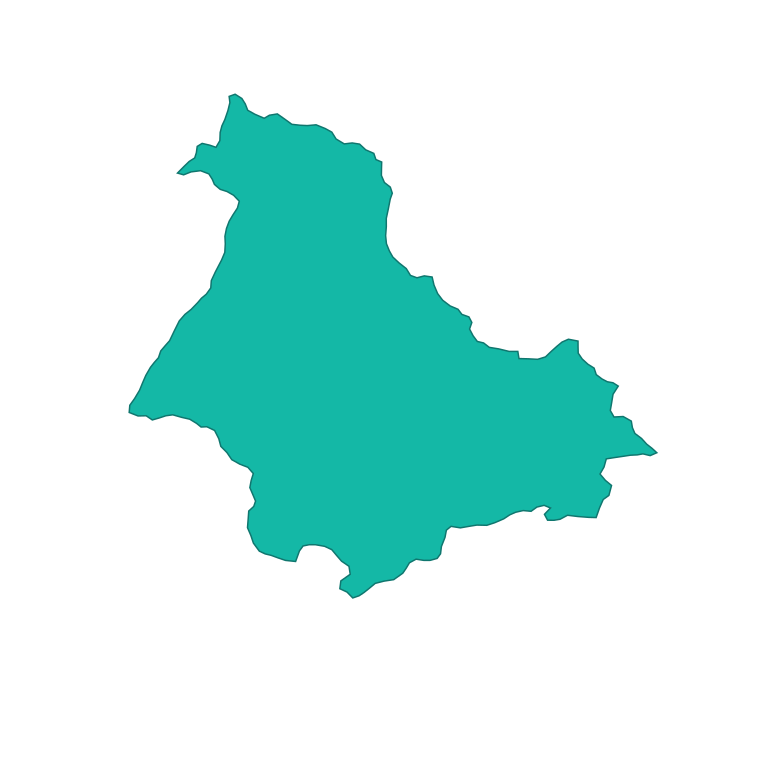 outline of Itutinga, Minas Gerais, Brazil, rotated 115°
{"feature_id": "56859067B50516220811290", "entity_name": "Itutinga", "entity_type": "district", "adm_level": 2, "iso_a3": "BRA", "parent_name": "Brazil", "parent_adm1": "Minas Gerais", "projection": "orthographic", "projection_center": [-44.715, -21.34], "detail": "fine", "context": "isolated", "style": "filled", "palette": "teal", "viewbox_px": 768, "rotation_deg": 115, "n_neighbors": 0, "source": "geoboundaries", "source_scale": "gbopen_adm2", "svg_char_len": 3159}
<svg xmlns="http://www.w3.org/2000/svg" viewBox="0 0 768 768"><g transform="rotate(115 384 384)"><path d="M582.2,389.1L571.0,390.1L565.0,388.9L561.2,383.8L558.6,378.1L556.2,369.2L556.2,361.3L559.5,354.3L562.5,347.6L564.0,338.7L570.7,334.2L580.7,339.9L588.2,337.5L588.2,329.6L591.1,321.9L586.5,317.1L581.4,314.0L575.6,311.1L568.4,307.7L562.6,300.6L557.2,292.5L547.5,287.0L541.3,286.0L535.3,285.4L529.2,280.9L527.0,273.3L524.3,267.6L519.6,262.1L514.0,261.0L507.0,263.3L497.2,263.9L490.1,265.7L484.7,263.1L482.1,254.0L476.8,246.4L472.6,240.2L468.6,231.1L462.9,225.0L455.6,218.5L449.4,214.7L444.7,210.6L439.9,204.4L437.2,196.9L430.9,193.4L426.3,187.6L426.0,180.7L434.3,183.5L438.3,178.2L435.7,172.4L432.2,167.3L425.4,162.2L422.1,152.1L418.3,142.0L415.4,135.3L405.3,136.3L396.0,136.5L389.9,133.1L379.8,134.9L377.8,142.6L374.3,150.2L366.3,149.5L357.9,150.9L353.2,143.9L348.2,136.3L344.4,130.6L341.2,124.5L337.9,119.8L336.4,112.5L331.0,107.7L329.0,114.0L327.5,120.5L324.5,127.6L322.8,135.7L318.6,140.4L313.1,144.2L312.4,153.5L316.7,161.6L312.4,167.7L305.0,169.7L296.5,172.1L286.9,170.8L286.1,177.0L287.6,182.6L287.3,188.6L285.8,195.6L280.8,200.3L279.9,207.6L277.6,214.9L274.0,221.0L268.4,223.8L263.1,226.3L265.5,235.8L270.8,240.4L276.7,243.2L283.5,246.1L291.2,249.1L296.7,255.2L300.3,264.1L303.9,272.4L297.9,276.5L301.6,284.4L303.7,294.9L306.3,304.1L304.7,311.1L306.0,317.4L302.6,323.7L298.0,329.7L291.1,330.4L287.3,335.4L288.0,342.8L285.0,348.5L285.3,357.1L283.3,366.2L279.4,373.6L273.2,380.5L266.7,385.6L269.0,393.2L273.8,399.0L274.4,405.9L270.0,412.6L267.9,421.5L265.2,429.7L261.1,435.4L255.8,441.1L248.9,445.2L240.4,448.4L233.0,451.9L223.0,454.2L213.8,456.5L207.6,457.1L202.9,461.5L201.2,468.8L196.1,474.5L189.6,477.4L183.8,479.9L184.0,486.2L179.3,490.7L179.5,499.5L176.9,507.5L179.0,514.7L183.2,521.5L182.2,531.0L177.8,537.7L177.3,545.2L177.8,555.1L182.2,562.7L184.9,569.3L187.6,577.3L185.9,585.9L184.3,594.8L188.8,601.4L193.8,604.9L194.1,615.1L193.5,623.2L188.8,628.1L185.3,633.5L184.3,641.4L188.8,645.9L194.1,642.6L202.2,641.0L211.6,640.0L218.6,640.0L225.2,638.8L232.8,635.6L240.5,636.3L241.2,642.9L242.8,650.5L247.6,653.7L253.7,651.8L259.1,651.1L264.6,654.6L271.4,657.2L280.1,660.3L279.1,654.0L273.3,648.5L268.2,640.4L267.6,631.5L271.0,626.2L274.8,622.0L276.8,614.7L275.9,607.6L276.5,600.1L279.5,592.4L286.5,591.2L294.8,592.4L301.9,593.1L309.6,592.5L317.3,590.6L324.0,587.1L332.0,583.9L340.3,583.6L347.0,583.9L353.8,584.2L363.3,584.2L370.1,581.6L377.7,583.0L383.4,585.7L389.2,587.3L397.9,590.3L405.0,593.8L413.3,596.2L424.7,596.5L435.4,596.6L441.8,598.5L448.4,600.3L455.5,599.5L461.6,601.3L467.6,602.7L476.8,603.5L484.6,603.3L492.9,602.9L502.7,603.9L510.7,605.4L517.5,602.9L516.9,593.4L513.3,586.1L514.5,578.8L509.8,573.4L505.0,568.3L501.2,562.4L499.7,553.1L498.0,545.2L498.9,537.3L500.3,531.6L497.6,526.5L497.7,517.9L503.4,510.6L509.5,505.5L512.5,497.4L516.9,490.0L517.6,480.6L517.0,472.2L520.4,464.6L527.6,463.6L534.6,461.8L539.7,456.1L544.4,450.9L550.0,450.3L556.3,452.9L563.6,450.1L571.9,447.0L577.6,440.6L583.4,435.1L588.2,426.3L588.2,419.9L587.0,414.0L586.4,406.9L585.5,398.7L582.2,389.1Z" fill="#14b8a6" stroke="#0f766e" stroke-width="1.5"/></g></svg>